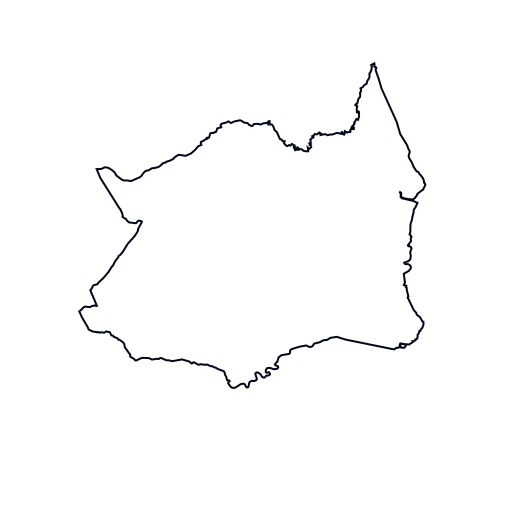 the district of Balao, Guayas, Ecuador, rotated 157°
{"feature_id": "8360857B63754497407840", "entity_name": "Balao", "entity_type": "district", "adm_level": 2, "iso_a3": "ECU", "parent_name": "Ecuador", "parent_adm1": "Guayas", "projection": "mercator", "projection_center": [-79.769, -2.889], "detail": "fine", "context": "isolated", "style": "outline", "palette": "ink", "viewbox_px": 512, "rotation_deg": 157, "n_neighbors": 0, "source": "geoboundaries", "source_scale": "gbopen_adm2", "svg_char_len": 6087}
<svg xmlns="http://www.w3.org/2000/svg" viewBox="0 0 512 512"><g transform="rotate(157 256 256)"><path d="M159.7,116.1L157.6,119.0L156.6,118.9L154.7,117.4L149.7,114.7L145.5,115.4L145.0,115.6L145.0,116.3L144.4,115.9L142.7,116.1L141.9,116.9L141.5,116.5L139.5,117.3L138.0,120.3L136.1,121.5L134.8,123.2L134.0,122.8L133.0,123.9L130.9,124.9L128.3,127.9L128.0,129.4L127.6,130.1L128.3,130.5L129.0,135.8L131.0,139.2L130.7,140.9L131.9,144.6L132.6,158.7L131.5,159.2L130.5,165.9L129.7,167.9L130.2,169.1L129.3,169.9L131.2,171.5L129.2,173.5L126.9,181.9L121.2,182.6L118.6,184.0L117.9,184.7L117.6,187.0L119.2,189.1L121.6,190.1L122.3,191.1L122.3,191.8L121.5,192.1L119.0,191.7L116.8,191.9L114.9,193.1L113.4,195.8L112.6,199.3L110.1,201.9L109.7,203.0L110.0,204.0L112.0,205.7L111.9,206.7L110.5,206.9L109.6,208.1L107.6,208.9L106.7,211.7L105.4,212.8L105.8,213.5L105.5,214.4L106.2,215.9L104.5,217.9L102.0,223.7L100.4,226.2L99.2,227.2L96.0,231.9L94.2,234.1L92.6,237.0L90.2,238.5L86.6,241.8L89.9,245.4L99.1,252.1L99.8,253.9L98.1,257.2L98.8,258.1L98.4,258.5L97.7,257.4L99.1,254.2L98.8,252.8L95.7,250.2L89.8,246.7L87.5,247.1L84.1,249.0L83.1,250.2L76.2,251.9L72.2,255.4L72.2,256.9L72.7,257.8L72.1,259.4L71.9,262.1L72.9,266.4L73.5,267.4L73.6,269.5L75.1,271.3L76.1,276.5L76.0,281.5L76.7,285.8L76.4,288.6L73.9,291.6L73.6,292.5L73.9,295.1L73.6,298.9L75.6,312.0L74.1,324.4L75.0,361.1L73.8,371.5L73.3,379.8L72.8,381.2L71.7,382.1L71.9,383.0L72.9,383.8L73.1,384.8L72.0,385.9L71.8,387.1L75.4,386.8L75.4,385.2L75.8,384.2L77.3,381.9L79.2,380.1L80.3,379.7L81.4,376.8L82.3,375.6L85.3,373.5L86.7,371.5L89.7,370.9L91.9,369.7L94.3,369.5L94.5,367.6L95.1,366.5L96.5,365.7L96.6,364.7L98.1,361.7L100.4,360.6L102.8,357.3L105.3,356.5L105.6,355.9L104.4,355.2L104.4,354.0L105.7,352.4L107.0,348.8L106.4,348.3L105.2,349.0L104.9,348.3L106.6,344.3L108.8,341.5L109.7,342.7L110.4,342.7L112.1,341.1L113.6,340.4L113.7,339.1L116.3,338.0L115.8,337.6L115.8,335.9L116.3,334.6L117.4,335.1L117.5,336.3L118.0,336.7L118.8,335.5L120.0,335.2L120.4,333.6L120.9,333.3L121.8,333.9L123.7,333.9L125.4,336.1L126.5,334.1L127.6,333.3L128.2,334.1L128.0,336.0L128.5,336.6L129.1,336.4L129.8,335.2L133.4,337.7L138.3,338.0L140.7,339.0L142.8,339.1L144.6,341.1L148.1,341.9L148.2,342.6L147.5,343.5L148.8,342.2L149.4,342.2L148.9,344.2L149.3,344.9L152.3,344.2L154.5,345.3L155.7,344.3L157.3,344.3L156.7,343.0L156.8,342.7L158.8,342.6L160.6,341.9L160.7,340.6L161.3,339.2L162.7,339.0L161.8,337.6L163.1,337.2L162.5,336.5L162.6,334.6L165.4,333.8L166.0,335.4L167.0,332.0L169.0,332.8L171.2,334.3L172.1,336.1L174.2,337.6L175.5,339.8L176.1,339.2L175.8,337.3L176.5,337.6L176.9,338.5L178.1,337.9L178.7,338.1L178.8,338.7L177.1,339.6L178.7,340.6L178.6,341.7L177.4,341.9L177.2,342.5L179.1,345.1L181.0,344.2L182.3,345.2L184.0,344.9L184.9,345.5L186.2,348.7L184.8,350.5L186.7,351.3L186.8,352.9L188.3,354.5L188.4,361.9L189.7,364.8L189.4,368.1L190.1,371.0L193.3,372.3L192.9,373.1L191.1,373.7L190.8,374.9L192.0,375.1L193.5,374.1L197.5,375.3L200.3,375.2L202.8,377.0L206.4,378.3L208.0,377.2L209.0,377.3L210.0,378.1L211.3,379.8L211.5,380.9L212.4,382.1L214.5,383.1L216.7,386.3L217.7,387.2L223.3,388.3L227.1,388.2L228.8,390.7L231.4,390.5L236.2,391.2L237.5,390.3L237.7,388.1L241.6,388.6L242.3,388.2L243.1,386.9L244.6,385.8L245.4,386.2L247.2,385.8L248.8,386.7L250.1,386.8L252.9,383.4L254.8,383.1L254.6,383.9L255.2,384.0L256.6,383.1L258.8,382.7L262.1,382.5L262.6,381.9L262.9,379.6L266.4,379.6L270.5,377.5L275.6,375.8L281.7,375.7L287.4,379.3L290.1,379.2L293.5,378.2L294.1,377.7L298.0,377.4L301.6,377.8L302.7,377.3L304.8,377.9L309.7,376.2L311.5,376.1L315.4,376.7L317.3,377.4L321.4,376.9L323.4,377.3L325.0,377.2L326.7,376.6L330.6,374.3L332.6,373.9L341.8,373.8L344.7,375.7L348.2,377.2L349.5,378.5L353.1,384.6L353.3,387.5L354.5,390.5L357.2,394.6L359.9,396.5L361.3,396.7L364.6,396.6L368.7,398.3L368.8,388.7L363.1,353.4L362.4,351.5L362.8,350.8L362.4,348.6L362.9,345.3L363.6,344.2L361.1,340.5L361.0,339.1L359.8,336.6L354.0,333.2L352.8,333.3L351.2,334.4L350.0,334.3L347.9,332.8L347.6,332.3L347.9,331.8L353.8,327.1L355.0,325.2L356.1,324.3L360.2,321.6L369.2,317.4L376.8,312.0L380.1,310.2L382.4,309.7L383.6,308.5L387.4,306.4L391.3,303.2L392.7,302.6L398.4,298.7L405.2,295.3L411.4,293.1L413.0,292.0L416.6,292.5L417.6,292.3L420.6,289.8L421.9,289.2L421.9,272.3L422.6,272.4L424.2,273.7L427.1,274.0L428.8,273.8L433.3,276.3L435.8,275.8L437.4,274.9L440.3,274.1L440.1,267.0L438.7,256.1L438.7,253.6L435.4,249.9L433.5,249.0L432.6,248.0L431.4,248.0L430.2,246.6L428.7,246.5L425.7,244.7L423.1,245.1L421.9,243.9L420.4,243.2L420.1,239.4L418.7,238.5L418.5,237.2L415.9,234.7L415.4,232.7L414.4,232.3L412.0,228.3L411.7,226.3L412.4,223.3L410.4,214.4L411.1,212.5L408.5,209.0L407.9,207.0L406.8,206.5L406.2,206.7L400.8,206.8L394.5,203.9L392.2,201.3L387.6,200.2L385.8,199.2L384.6,199.5L383.2,199.2L379.3,195.1L376.8,193.9L374.2,191.9L364.5,189.7L358.4,184.7L357.7,182.9L357.1,182.1L354.9,182.6L351.4,178.3L349.2,178.0L346.5,176.3L343.2,175.0L340.9,172.4L339.3,171.6L338.1,169.9L337.0,169.3L335.3,166.9L330.7,162.5L330.4,161.3L330.9,158.9L330.6,156.4L331.2,153.3L329.1,151.5L329.4,150.9L330.5,150.9L331.3,149.9L330.8,146.8L330.0,144.7L328.6,143.5L326.5,142.9L320.1,144.0L317.2,143.3L316.5,142.3L316.2,139.3L315.5,138.4L314.7,138.3L313.7,138.9L312.4,141.2L311.0,142.5L308.6,142.8L306.7,141.6L304.0,141.7L303.4,142.2L303.1,143.4L302.7,147.8L301.8,148.5L300.7,148.5L299.2,147.4L298.1,145.3L297.6,142.3L296.2,140.9L295.1,140.9L293.4,141.8L290.9,141.1L289.4,141.5L289.2,142.6L289.5,144.0L291.9,144.4L292.4,145.4L291.4,147.3L289.4,148.4L286.7,147.5L283.7,144.6L282.8,144.7L280.9,143.9L280.2,144.0L278.9,145.0L279.0,146.1L280.8,147.8L281.0,148.9L277.7,150.4L275.0,153.7L272.2,154.6L270.7,154.6L263.5,152.9L262.8,153.3L261.4,155.7L260.4,156.2L259.1,156.3L251.3,155.5L244.7,154.0L242.6,151.6L240.9,150.8L239.0,151.0L236.9,152.5L235.8,152.5L230.8,151.7L226.9,152.1L223.3,151.0L219.4,151.6L213.2,150.0L206.1,144.0L166.2,116.6L165.1,116.0L162.8,116.7L161.1,115.9L159.7,116.1ZM157.7,114.3L158.2,115.6L156.4,113.9L155.0,113.7L152.2,115.6L156.4,118.3L157.6,118.5L158.2,117.0L159.1,116.1L157.7,114.3Z" fill="none" stroke="#020617" stroke-width="2"/></g></svg>